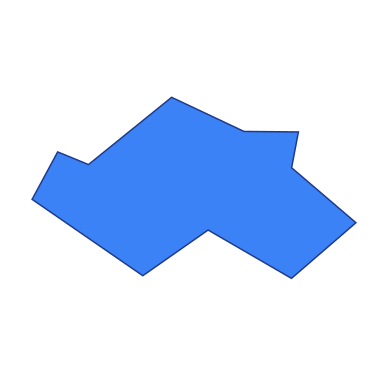 Kattakurgan city, Samarkand, Uzbekistan (orthographic projection), rotated 174°
{"feature_id": "79887680B69055285128401", "entity_name": "Kattakurgan city", "entity_type": "district", "adm_level": 2, "iso_a3": "UZB", "parent_name": "Uzbekistan", "parent_adm1": "Samarkand", "projection": "orthographic", "projection_center": [66.273, 39.857], "detail": "fine", "context": "isolated", "style": "filled", "palette": "blue", "viewbox_px": 384, "rotation_deg": 174, "n_neighbors": 0, "source": "geoboundaries", "source_scale": "gbopen_adm2", "svg_char_len": 310}
<svg xmlns="http://www.w3.org/2000/svg" viewBox="0 0 384 384"><g transform="rotate(174 192 192)"><path d="M102.1,95.7L32.2,144.3L90.4,205.7L79.9,240.6L134.0,246.8L202.4,288.3L292.1,230.1L321.4,245.9L351.8,201.4L249.7,113.9L180.0,152.5L102.1,95.7Z" fill="#3b82f6" stroke="#1e3a8a" stroke-width="1.5"/></g></svg>